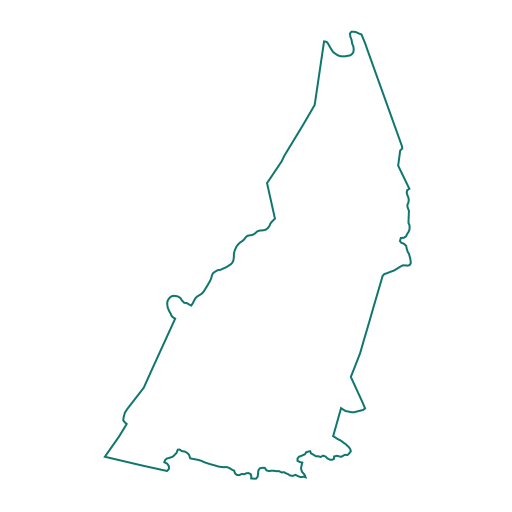 Mirangaba, Bahia, Brazil (orthographic projection), rotated 89°
{"feature_id": "56859067B52405127182950", "entity_name": "Mirangaba", "entity_type": "district", "adm_level": 2, "iso_a3": "BRA", "parent_name": "Brazil", "parent_adm1": "Bahia", "projection": "orthographic", "projection_center": [-40.673, -10.821], "detail": "fine", "context": "isolated", "style": "outline", "palette": "teal", "viewbox_px": 512, "rotation_deg": 89, "n_neighbors": 0, "source": "geoboundaries", "source_scale": "gbopen_adm2", "svg_char_len": 3651}
<svg xmlns="http://www.w3.org/2000/svg" viewBox="0 0 512 512"><g transform="rotate(89 256 256)"><path d="M410.3,149.6L404.3,152.0L393.4,156.8L381.5,162.0L378.5,163.3L370.9,160.1L355.0,153.6L342.0,149.6L324.5,144.1L313.0,140.6L278.0,129.7L276.2,127.9L275.6,125.6L274.4,122.5L273.6,120.2L272.9,118.2L271.3,115.4L269.5,112.5L267.9,109.4L268.0,106.7L268.3,104.5L267.7,102.5L266.0,101.4L263.4,101.5L260.9,101.9L258.6,102.5L256.6,103.0L254.3,104.3L251.7,105.1L248.4,105.7L246.2,108.0L245.4,110.4L243.6,111.8L240.5,110.9L240.4,108.0L239.0,105.7L236.5,104.4L234.3,102.9L232.2,102.1L230.2,101.9L227.6,102.1L225.6,103.0L213.5,102.3L211.3,103.1L209.1,103.8L207.0,103.6L205.3,102.7L202.5,102.3L200.3,102.6L197.8,103.6L195.1,104.2L192.9,103.7L191.5,101.5L168.1,112.3L153.1,110.0L151.1,107.9L148.9,108.1L51.3,141.2L45.4,143.1L36.3,146.7L35.5,149.0L34.0,151.8L33.5,154.2L33.4,156.6L35.2,158.2L38.6,157.8L41.1,156.8L43.3,156.4L45.5,156.1L48.2,155.0L51.6,154.7L54.1,155.2L55.8,156.5L57.1,158.4L57.5,161.2L57.9,163.5L57.9,166.1L57.7,168.3L56.6,171.0L55.0,173.3L53.4,175.4L51.7,176.4L49.3,177.9L46.9,179.2L44.8,180.3L43.1,181.7L42.6,184.2L102.4,194.1L106.2,194.8L126.6,207.2L156.2,225.9L161.8,228.7L183.3,243.7L219.0,236.4L221.8,239.4L223.9,241.1L226.3,242.1L228.5,243.9L229.8,245.7L230.5,248.7L230.6,251.7L231.4,254.3L233.6,256.8L234.9,259.3L235.2,261.7L235.7,264.4L237.6,266.3L239.4,267.7L241.0,269.7L242.2,271.6L243.8,273.4L246.0,275.2L249.6,277.0L252.9,278.0L257.0,278.2L260.2,278.7L262.4,279.9L263.9,281.4L265.2,283.6L266.7,285.9L268.0,289.1L269.1,291.5L269.6,294.7L271.2,297.6L272.6,299.4L274.6,300.4L277.3,301.1L280.2,302.4L282.8,304.0L284.4,304.9L286.8,306.5L288.7,307.7L291.0,309.2L292.9,311.1L294.1,313.2L295.3,315.2L296.7,317.0L299.5,318.7L302.1,320.0L304.4,321.6L303.1,324.1L301.9,325.9L301.5,328.6L299.2,330.8L296.6,332.4L295.0,335.0L294.4,338.4L294.6,340.6L295.7,342.5L297.2,343.9L299.2,345.1L301.2,345.6L303.8,345.5L306.3,345.1L309.7,343.7L312.4,342.2L314.2,341.6L315.8,340.2L317.2,337.9L367.2,361.8L381.2,368.4L385.7,370.5L407.0,387.6L410.5,389.9L412.4,390.4L415.0,391.2L417.9,391.6L419.8,390.3L421.7,388.2L434.3,396.2L445.5,404.4L454.1,410.6L463.7,372.7L469.4,348.7L467.6,346.9L464.8,346.7L462.1,348.4L460.6,351.3L458.6,350.5L457.1,349.0L456.5,347.1L456.0,345.1L455.3,342.9L453.8,341.2L451.5,338.9L448.3,337.6L448.2,335.7L449.7,333.8L450.3,330.6L451.7,328.2L453.6,326.4L457.2,325.3L458.0,321.5L458.4,319.5L458.9,317.2L459.8,314.3L461.3,311.2L462.5,307.9L463.5,304.9L464.6,301.1L465.7,297.8L466.3,294.6L466.6,292.0L466.5,289.0L467.5,286.3L469.3,283.6L470.3,281.6L473.1,280.7L474.6,278.8L474.8,276.5L473.7,274.1L474.0,271.4L473.1,269.6L472.9,267.3L474.1,265.0L476.4,264.5L478.3,264.7L478.6,261.9L478.6,259.8L476.7,258.2L473.4,257.7L470.5,257.4L468.3,255.8L467.9,253.4L468.0,250.9L470.5,249.3L471.3,246.8L470.9,244.1L471.1,241.6L471.5,239.6L471.5,236.8L472.9,234.1L472.6,231.9L473.7,230.1L474.6,227.9L476.0,225.9L476.5,223.0L475.5,220.4L477.2,217.1L477.9,215.0L477.5,212.3L478.1,210.3L475.6,211.2L472.5,213.8L469.4,214.7L466.5,214.2L463.4,213.3L462.8,215.7L461.5,218.1L459.2,218.0L457.4,216.5L456.7,214.3L455.9,212.6L455.1,210.5L453.1,209.3L452.5,207.2L452.1,205.3L454.4,204.4L455.7,202.0L457.3,199.5L457.3,197.2L458.1,195.0L456.8,192.3L457.8,189.9L459.6,188.2L460.9,185.8L461.1,183.6L460.2,181.6L457.8,181.4L457.2,178.5L458.3,174.4L456.4,170.8L456.5,167.9L455.2,166.5L452.9,164.6L450.6,165.2L448.7,166.5L447.3,168.0L445.6,169.7L444.3,171.6L443.0,173.2L441.8,174.8L440.7,177.2L438.8,179.9L437.5,182.0L409.6,173.6L411.0,171.6L412.7,168.9L413.2,165.8L413.8,163.9L414.0,161.1L411.8,151.6L410.3,149.6Z" fill="none" stroke="#0f766e" stroke-width="2"/></g></svg>